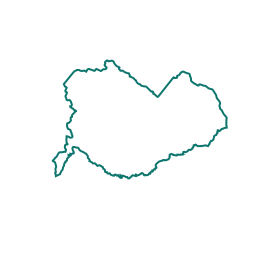 the State of Rondônia, rotated 308°
{"feature_id": "BRA-595", "entity_name": "Rondônia", "entity_type": "State", "adm_level": 1, "iso_a3": "BRA", "parent_name": "Brazil", "parent_adm1": "", "projection": "natural_earth1", "projection_center": [-63.452, -10.832], "detail": "fine", "context": "isolated", "style": "outline", "palette": "teal", "viewbox_px": 256, "rotation_deg": 308, "n_neighbors": 0, "source": "natural_earth", "source_scale": "10m", "svg_char_len": 5750}
<svg xmlns="http://www.w3.org/2000/svg" viewBox="0 0 256 256"><g transform="rotate(308 128 128)"><path d="M79.5,115.9L79.8,114.8L80.2,114.3L81.0,113.8L81.3,113.2L81.6,111.8L82.0,110.9L81.7,109.7L81.6,107.9L80.9,105.4L80.8,104.3L80.9,103.2L81.6,101.5L81.7,100.8L81.6,100.4L80.7,99.4L80.0,97.3L79.4,96.6L78.9,96.4L78.1,96.5L76.7,97.9L76.1,99.2L75.9,99.6L75.4,99.8L75.0,100.7L73.9,100.4L72.8,99.4L71.9,99.6L72.0,98.5L70.8,99.0L70.6,98.9L70.2,97.9L69.8,98.5L69.8,99.3L69.4,99.2L69.1,98.6L68.4,99.2L66.4,98.9L65.0,99.8L64.5,99.9L63.1,99.3L62.8,99.4L62.4,99.9L62.0,99.6L60.7,99.7L59.1,100.7L56.8,101.1L55.0,102.1L53.1,102.0L50.3,102.6L49.9,102.9L45.7,100.8L46.9,99.6L47.7,98.3L48.8,98.3L50.3,96.7L51.1,96.0L52.7,95.5L53.6,94.9L55.9,91.8L56.0,90.9L55.7,89.3L55.8,88.9L56.0,88.8L58.1,89.1L59.3,88.9L60.5,89.2L61.6,89.4L65.2,88.8L66.3,88.9L67.1,89.4L68.3,91.1L69.0,91.4L69.3,91.9L70.2,92.5L70.6,93.3L71.0,93.4L72.8,92.4L73.0,92.1L73.3,90.7L73.5,90.4L75.5,89.1L76.3,89.1L76.8,89.4L77.4,90.2L78.1,90.3L78.3,90.0L78.5,89.0L78.8,88.5L80.8,86.7L83.7,84.7L84.0,85.1L84.1,85.9L84.6,86.6L84.6,87.8L84.9,88.6L85.9,89.6L86.9,89.6L87.8,88.8L88.5,87.4L89.4,86.6L89.7,85.4L90.6,84.5L90.9,83.9L90.9,83.1L90.4,81.4L90.6,80.8L91.8,78.9L93.9,77.4L94.5,77.4L95.8,78.3L98.2,78.5L98.9,78.3L99.8,77.2L100.7,76.6L101.4,76.5L101.9,76.9L102.4,77.0L103.5,76.0L105.9,76.1L107.2,76.4L108.1,76.0L109.2,76.7L109.4,76.6L109.5,76.1L109.1,74.1L109.4,72.7L109.1,71.9L109.1,69.4L109.5,69.1L110.1,69.9L110.5,69.9L112.1,69.2L112.9,67.7L113.5,67.0L114.1,65.3L114.0,64.8L113.7,64.3L112.6,63.3L112.4,62.8L112.5,62.2L113.6,60.8L114.2,59.6L114.6,59.1L116.3,58.8L118.4,58.0L118.4,57.5L118.2,56.4L118.5,55.9L119.0,55.6L121.8,55.0L122.1,54.8L122.2,54.3L121.9,52.6L123.1,50.4L138.1,50.7L139.8,50.9L142.1,52.0L143.5,53.6L143.7,54.1L143.7,54.9L144.4,56.4L146.3,58.3L146.7,60.4L148.7,60.0L149.6,60.2L150.4,60.7L150.7,61.2L150.8,62.0L151.3,63.1L152.3,66.3L153.0,66.6L154.4,66.5L155.2,66.9L155.3,68.0L155.7,69.1L156.1,71.2L156.5,71.8L157.5,71.9L159.0,72.4L159.4,72.7L159.9,73.5L160.3,73.9L161.6,74.3L162.1,74.1L162.5,73.7L162.8,71.6L163.2,70.8L163.6,70.6L164.7,70.5L165.7,69.4L166.0,69.3L168.4,69.9L168.6,70.5L168.5,71.5L170.9,73.6L171.4,74.6L171.5,75.5L170.4,77.7L169.8,80.5L169.8,81.3L170.4,83.2L170.4,84.0L169.0,84.4L168.9,85.4L168.5,86.6L168.7,87.2L169.7,88.1L169.8,88.4L170.0,89.0L169.9,90.4L170.6,93.3L171.6,95.0L171.6,95.3L171.0,96.0L170.6,97.1L169.9,97.4L169.6,97.7L170.1,98.6L170.3,100.0L170.7,101.7L170.3,103.5L170.4,104.8L169.4,106.8L169.2,108.8L169.3,109.3L169.8,110.3L169.6,111.6L169.6,112.4L170.6,114.9L171.6,116.3L171.8,117.1L171.0,124.0L171.2,124.3L171.8,124.6L171.9,124.9L171.6,126.3L171.4,126.5L170.9,126.4L170.6,126.8L170.9,128.9L170.6,131.7L170.8,132.3L171.8,132.5L196.0,132.7L196.1,132.8L195.9,133.7L196.1,134.0L197.6,135.6L198.1,135.5L199.0,134.7L199.5,134.7L200.6,135.4L201.8,135.8L202.9,135.5L203.9,135.7L204.7,135.7L206.3,136.5L206.8,138.0L207.3,140.2L208.3,142.5L208.4,143.1L208.0,144.0L207.1,144.8L206.6,145.9L206.0,146.9L204.2,148.5L203.9,149.0L203.8,150.6L203.9,153.0L204.2,154.3L204.3,156.0L204.6,157.1L205.1,157.5L206.0,157.3L206.6,157.7L207.6,160.3L207.8,161.4L208.7,162.8L208.9,163.5L208.9,167.1L209.5,168.9L210.3,170.6L210.3,171.2L208.3,176.9L206.2,179.7L205.2,184.0L203.9,185.6L202.3,186.1L201.6,186.6L199.9,188.9L199.8,189.3L199.8,190.7L197.9,194.8L197.1,198.9L196.6,199.6L194.7,200.7L190.6,203.9L189.1,205.6L187.3,203.9L185.7,203.2L185.1,202.5L182.1,202.1L181.7,201.5L181.7,200.4L181.5,200.1L180.9,200.5L179.9,200.7L179.5,200.9L179.4,201.5L179.2,201.6L177.6,201.6L176.8,201.8L176.1,201.3L174.5,200.9L171.9,202.3L170.8,202.4L169.7,202.1L168.7,201.3L166.4,201.6L165.4,202.1L165.0,201.9L163.6,202.3L163.0,202.2L162.8,201.9L162.2,199.9L161.3,199.2L160.2,198.0L159.1,197.3L158.8,196.5L158.4,196.3L156.7,194.2L156.5,191.5L155.9,191.4L155.4,190.7L155.2,190.6L155.1,191.2L154.3,190.7L152.4,191.3L151.9,191.1L151.7,191.3L151.4,191.4L150.3,191.2L149.7,190.9L149.3,190.9L149.1,190.4L148.2,189.3L146.2,189.2L144.2,188.2L144.0,187.2L143.1,186.4L142.8,186.5L142.3,186.9L141.2,187.1L141.2,187.7L140.7,187.4L140.0,186.7L139.7,185.9L138.9,185.6L137.4,183.2L136.8,183.5L136.1,183.1L135.6,182.2L135.4,181.3L134.6,180.3L134.8,179.7L134.4,179.2L134.3,178.2L134.0,177.9L132.6,177.3L131.9,177.7L131.5,178.3L131.0,178.3L130.2,179.1L128.3,179.2L127.3,178.5L126.5,178.2L125.7,177.4L125.5,176.9L124.9,176.6L124.8,175.8L124.4,175.3L123.1,175.0L121.7,173.8L120.3,173.0L117.0,172.4L115.5,172.8L114.2,174.9L113.7,174.9L113.0,174.3L111.8,174.7L111.3,173.9L109.9,173.9L109.5,173.4L108.9,174.2L108.7,174.1L108.0,173.3L107.3,173.0L106.8,173.0L106.0,173.6L105.6,173.6L105.3,172.7L105.0,172.6L104.0,172.8L103.0,172.5L102.3,171.8L101.7,170.7L100.8,170.2L100.7,169.7L101.2,168.7L101.3,167.4L101.2,166.9L100.8,166.5L100.4,166.4L100.3,166.6L99.4,166.0L98.4,165.9L96.7,164.9L96.1,164.2L96.3,163.4L96.1,162.8L95.7,162.9L95.6,163.0L95.5,164.0L95.2,164.1L94.9,163.9L94.8,163.6L95.0,163.3L94.3,162.3L93.7,160.9L92.6,160.4L92.1,160.7L90.6,160.2L89.6,160.2L88.9,159.9L88.4,159.1L88.5,158.6L88.9,157.8L88.9,157.5L88.7,157.2L88.2,156.9L88.0,156.7L87.9,155.0L87.5,154.1L87.3,153.2L86.1,152.4L86.1,151.5L85.7,151.8L85.4,153.5L85.2,153.8L84.9,153.7L84.2,152.9L84.1,152.5L84.1,151.5L84.4,150.6L84.3,149.9L84.3,149.7L84.9,149.4L84.2,148.8L83.6,148.6L83.5,147.9L83.7,147.1L83.6,146.8L82.7,146.1L81.9,146.4L81.3,145.6L80.5,143.1L81.1,141.6L80.0,140.7L79.7,140.2L79.7,139.5L80.2,139.0L80.3,138.6L79.4,137.5L79.5,136.8L80.8,135.5L80.9,135.0L80.7,133.5L81.7,132.1L81.7,131.7L81.4,131.2L81.3,128.9L81.1,128.5L80.3,127.7L79.4,127.4L79.3,127.1L79.6,125.8L79.8,124.3L79.7,123.5L78.5,122.3L78.7,120.6L78.4,119.6L78.5,118.9L78.2,118.0L78.8,117.9L79.1,117.5L79.6,116.3L79.5,115.9Z" fill="none" stroke="#0f766e" stroke-width="2"/></g></svg>